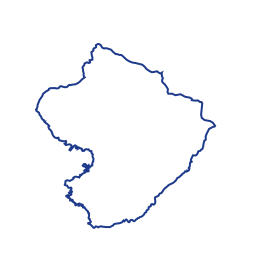 the district of Kota Palopo, Sulawesi Selatan, Indonesia, rotated 159°
{"feature_id": "22746128B54354608226928", "entity_name": "Kota Palopo", "entity_type": "district", "adm_level": 2, "iso_a3": "IDN", "parent_name": "Indonesia", "parent_adm1": "Sulawesi Selatan", "projection": "orthographic", "projection_center": [120.171, -2.987], "detail": "fine", "context": "isolated", "style": "outline", "palette": "blue", "viewbox_px": 256, "rotation_deg": 159, "n_neighbors": 0, "source": "geoboundaries", "source_scale": "gbopen_adm2", "svg_char_len": 5836}
<svg xmlns="http://www.w3.org/2000/svg" viewBox="0 0 256 256"><g transform="rotate(159 128 128)"><path d="M207.4,97.6L207.1,97.1L205.5,96.0L205.0,93.5L202.4,92.6L202.5,91.5L204.3,90.2L204.2,89.4L203.2,89.1L203.1,88.7L203.5,88.2L204.2,88.1L205.4,88.8L206.0,88.9L206.4,88.7L206.3,88.3L205.7,88.1L204.7,87.0L204.6,86.4L205.2,86.0L207.3,86.0L207.8,86.2L207.9,86.8L208.6,86.9L209.9,86.7L210.1,86.3L209.5,85.5L208.3,84.7L208.8,84.3L208.8,84.1L207.6,83.3L207.2,82.6L207.2,81.8L207.9,81.7L208.0,81.1L207.1,80.9L206.2,81.1L205.6,80.9L205.6,80.0L206.4,79.8L205.6,78.3L204.9,78.0L204.8,77.1L204.2,76.8L204.5,76.2L204.4,75.6L204.8,75.0L204.6,74.6L204.2,74.5L203.0,75.2L202.6,75.1L202.1,74.3L202.1,73.2L201.7,73.1L201.5,74.6L200.7,75.0L200.0,74.5L200.0,74.3L200.3,74.2L200.3,73.8L199.2,73.3L199.5,72.8L199.4,72.0L199.0,72.0L198.4,73.0L197.8,72.6L197.8,72.0L198.5,70.0L198.2,69.8L197.3,69.8L197.0,69.6L197.1,68.7L196.8,68.4L196.4,66.8L195.3,64.4L195.6,63.1L194.9,62.5L194.9,62.1L195.4,61.6L195.6,60.4L196.1,59.4L196.8,58.7L197.1,57.4L196.4,56.9L196.6,55.6L196.3,53.7L197.0,53.3L197.7,53.2L199.2,53.5L199.4,53.0L197.6,51.3L196.0,47.5L195.6,47.0L195.1,46.9L193.4,47.7L192.3,47.0L191.3,45.9L190.4,46.1L188.3,45.9L187.8,45.4L184.1,43.4L180.4,42.0L176.7,42.4L176.1,43.0L174.5,43.2L169.7,42.1L167.6,42.1L165.6,43.1L165.6,42.5L164.9,42.1L162.9,43.3L162.2,43.0L161.3,40.2L160.8,39.7L160.4,39.7L158.8,41.0L158.0,41.1L156.9,40.5L156.1,39.1L155.7,38.8L155.0,38.9L152.9,39.8L152.1,39.8L151.3,40.3L149.9,40.2L148.8,40.6L147.0,40.4L144.8,41.1L143.5,41.9L143.2,42.4L142.7,42.7L141.1,42.9L140.4,44.2L139.9,44.5L138.0,44.8L137.1,46.6L136.5,46.9L135.7,46.7L134.6,47.0L134.1,48.1L133.6,48.4L132.4,48.2L131.9,47.4L131.5,47.2L130.4,47.5L129.6,48.2L128.8,49.6L128.0,52.8L127.5,53.6L123.9,53.8L122.3,55.2L121.7,55.4L120.1,55.3L119.5,55.9L118.4,56.2L117.7,57.1L115.8,58.2L113.4,59.0L113.1,59.3L112.0,59.4L111.0,60.0L109.8,60.3L106.3,60.5L104.4,60.9L102.0,62.0L99.8,63.7L97.7,63.8L95.9,64.7L95.0,64.7L94.0,65.6L91.4,66.1L90.3,67.0L90.1,67.1L89.0,66.3L88.3,66.4L88.1,66.9L87.7,66.5L87.3,66.7L86.7,66.5L85.4,67.7L85.2,68.2L85.7,68.8L85.5,69.2L84.6,69.6L84.0,70.1L83.2,72.0L82.1,73.7L80.8,73.5L80.5,73.8L80.9,75.1L80.5,76.0L77.2,79.2L74.7,78.2L73.8,78.2L71.7,79.7L71.2,80.6L70.7,81.0L68.7,80.8L67.4,81.6L66.0,81.8L64.1,84.2L63.6,85.5L61.5,88.6L61.1,88.9L60.2,88.9L59.4,89.5L58.7,91.9L57.1,94.0L52.6,98.1L48.1,98.6L46.7,98.3L45.9,98.8L46.9,102.6L48.3,104.4L48.8,105.0L53.7,108.0L55.5,111.0L55.0,114.2L49.8,124.5L50.1,125.9L51.4,126.4L53.0,128.8L54.6,129.1L58.5,131.1L58.0,132.6L59.5,134.3L63.3,136.5L66.9,140.7L71.9,141.6L74.7,144.3L78.0,145.5L78.2,146.5L78.1,147.7L76.9,149.7L76.9,150.7L77.4,153.3L78.1,155.8L78.8,156.9L79.5,159.1L78.8,160.8L77.8,161.7L77.6,162.3L77.8,164.4L77.2,165.6L77.1,167.1L76.7,167.5L78.3,167.3L79.8,169.1L80.4,170.4L81.5,170.7L83.9,171.0L85.8,171.6L87.6,173.5L89.6,176.5L90.5,179.3L92.0,182.0L97.9,186.1L100.4,187.5L103.0,189.9L104.8,192.2L107.7,198.1L108.5,198.8L109.8,199.3L112.1,201.2L112.9,201.3L114.6,204.2L115.7,207.1L118.8,209.7L120.5,210.6L121.8,210.8L122.4,211.3L123.2,212.2L123.9,215.5L124.7,216.5L125.6,217.0L126.4,217.2L128.3,216.8L128.8,214.9L129.7,214.7L131.7,214.5L132.4,213.5L132.6,212.6L135.1,211.9L135.1,210.9L135.6,209.9L135.9,206.9L136.7,204.6L138.2,204.8L138.4,204.7L139.5,205.1L139.8,204.3L139.8,202.9L140.4,202.7L141.3,202.7L142.8,204.0L145.5,203.8L146.4,202.3L148.6,201.1L149.0,199.9L148.9,199.1L149.6,196.9L149.7,195.0L150.6,193.2L150.6,191.3L150.3,190.8L153.5,189.9L156.2,188.6L158.5,187.9L161.2,187.6L165.2,188.6L166.2,188.5L167.3,189.2L168.0,189.2L170.1,188.2L171.3,188.3L172.3,188.7L175.9,191.2L176.9,191.0L178.3,190.1L179.6,190.3L180.7,190.6L181.8,191.4L185.0,192.6L186.4,193.0L187.7,192.9L188.3,192.0L191.9,191.4L195.1,190.3L196.4,188.7L200.6,185.8L204.4,181.6L204.6,180.8L206.5,178.3L207.1,178.3L207.4,178.0L207.3,176.7L205.6,174.2L205.8,172.0L205.0,169.7L205.1,168.2L204.8,167.0L204.5,166.2L203.9,165.8L203.8,164.2L203.2,163.9L203.7,163.6L202.8,161.8L202.1,161.0L200.8,158.2L201.7,157.9L202.0,157.2L201.9,155.3L201.0,153.7L200.9,152.5L200.6,152.3L200.7,150.4L200.5,150.1L200.8,148.9L200.3,146.5L199.2,144.8L198.7,144.6L198.1,144.0L196.7,144.1L196.5,143.7L196.8,143.6L196.9,143.1L196.6,142.6L196.7,141.6L196.3,140.9L195.2,140.3L194.0,139.2L193.4,139.1L193.1,138.8L191.9,138.3L190.7,138.2L190.6,137.4L191.4,136.7L191.5,136.1L192.8,135.9L192.5,135.2L192.2,134.9L191.8,135.0L191.9,134.3L189.6,134.0L188.3,133.6L187.9,133.4L187.1,132.1L187.0,131.2L190.5,128.6L189.8,127.7L185.5,130.2L184.1,130.8L183.6,130.8L183.3,130.3L183.5,130.2L183.2,129.7L182.9,129.8L182.4,129.0L183.9,128.3L183.7,127.6L182.4,128.1L182.2,127.5L180.8,127.4L180.6,127.1L181.1,126.7L180.5,126.8L178.6,125.3L178.6,124.8L178.9,124.4L178.4,123.8L178.8,123.3L178.6,122.8L177.1,122.4L176.7,122.6L176.5,122.9L175.4,123.4L174.8,123.0L174.2,123.0L173.7,122.5L172.4,122.1L172.1,120.6L171.3,119.9L170.8,119.8L170.4,119.4L171.0,118.0L170.7,117.4L170.7,116.5L170.3,115.9L170.8,115.4L171.4,113.8L171.2,111.6L171.8,110.7L172.4,109.3L172.7,109.3L174.5,107.0L174.7,105.9L175.5,106.1L176.1,105.6L176.7,105.4L177.2,105.7L178.2,104.7L179.4,105.1L180.1,104.8L180.2,104.3L179.9,103.7L180.0,102.1L180.4,101.7L182.6,102.3L184.1,101.8L187.1,101.6L188.3,100.8L188.8,101.3L189.5,101.4L189.9,100.3L191.1,99.4L191.3,100.0L192.3,100.0L193.9,101.2L195.4,101.5L196.8,101.2L196.8,100.4L198.2,99.8L201.4,99.5L203.6,101.1L205.4,100.8L206.3,98.9L207.4,97.6ZM182.0,110.1L183.7,109.2L183.6,108.5L183.3,108.1L182.4,107.9L181.9,107.4L181.7,107.0L181.8,106.4L181.3,105.7L180.3,105.8L179.8,106.4L179.9,107.3L180.9,109.8L182.0,110.1ZM181.9,102.7L181.3,102.4L181.2,103.2L182.0,104.1L183.5,104.2L184.3,103.6L184.2,103.0L183.8,102.7L181.9,102.7ZM179.5,106.9L179.1,106.4L178.4,106.5L178.0,107.0L178.0,107.4L178.7,107.1L179.3,107.3L179.5,106.9Z" fill="none" stroke="#1e3a8a" stroke-width="2"/></g></svg>